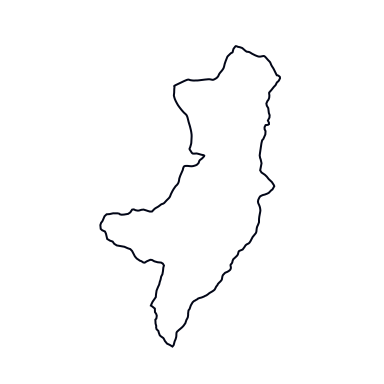 Chapchha, Chhukha, Bhutan, rotated 199°
{"feature_id": "84629894B72576514572529", "entity_name": "Chapchha", "entity_type": "district", "adm_level": 2, "iso_a3": "BTN", "parent_name": "Bhutan", "parent_adm1": "Chhukha", "projection": "albers", "projection_center": [89.567, 27.211], "detail": "fine", "context": "isolated", "style": "outline", "palette": "ink", "viewbox_px": 384, "rotation_deg": 199, "n_neighbors": 0, "source": "geoboundaries", "source_scale": "gbopen_adm2", "svg_char_len": 6089}
<svg xmlns="http://www.w3.org/2000/svg" viewBox="0 0 384 384"><g transform="rotate(199 192 192)"><path d="M243.3,286.3L242.8,285.8L242.3,283.6L241.2,280.1L240.7,277.9L240.5,277.2L239.7,276.0L239.3,275.4L238.4,274.2L236.9,272.6L235.3,271.1L233.6,269.6L231.8,268.3L230.0,267.1L228.1,265.9L225.6,264.5L223.5,263.6L222.9,263.3L222.2,262.9L221.7,262.4L221.2,261.9L220.3,260.7L217.9,257.0L215.3,253.4L213.3,250.3L212.2,248.4L211.2,246.4L210.9,245.7L210.4,244.3L209.2,240.1L208.8,238.7L208.6,237.9L208.5,237.2L208.4,235.7L208.3,233.5L208.4,232.8L208.4,232.0L208.0,231.4L206.8,230.5L205.7,229.6L205.1,229.1L204.5,228.8L203.8,228.6L203.1,228.8L202.4,229.0L201.0,229.6L200.3,229.9L199.6,230.0L198.9,230.1L195.2,230.3L193.0,230.6L192.3,230.4L192.2,229.7L192.5,229.0L192.8,228.3L193.4,227.0L193.8,226.4L194.6,225.2L195.0,224.6L195.2,223.8L195.2,223.1L195.2,222.4L195.2,221.6L195.5,220.9L195.8,220.3L196.1,219.6L196.6,219.0L197.1,218.5L198.3,217.6L199.5,216.8L200.1,216.5L200.8,216.2L202.2,215.8L204.4,215.3L205.1,215.1L206.5,214.6L207.1,214.3L207.7,213.8L208.0,213.2L208.1,211.7L207.9,209.5L208.0,208.7L208.4,203.6L208.4,202.1L208.4,201.4L208.4,200.6L208.0,198.5L207.9,197.7L207.9,197.0L207.9,196.2L208.0,195.5L208.2,194.8L208.4,194.1L209.4,192.1L209.6,191.4L210.0,190.0L210.4,188.5L210.8,186.4L211.1,184.2L211.2,183.5L211.3,181.2L211.3,180.5L211.5,179.8L211.7,179.1L212.0,178.4L213.3,175.8L214.2,173.7L214.5,173.0L214.8,172.4L215.3,171.8L215.8,171.3L216.4,170.9L217.0,170.4L217.4,169.8L219.0,167.4L219.5,166.8L221.0,165.1L221.4,164.6L221.8,164.0L222.2,163.3L222.8,162.0L223.4,160.6L224.0,160.3L225.4,159.8L227.5,159.7L229.1,159.7L232.1,159.6L234.0,158.7L236.1,157.2L237.3,156.7L239.5,156.4L241.2,156.6L241.9,156.4L242.9,155.8L243.7,152.7L245.2,150.6L246.6,149.8L249.0,148.5L251.2,147.6L252.7,147.4L253.7,147.8L255.4,147.6L259.6,146.2L262.7,144.3L265.5,143.1L266.8,140.6L267.1,136.4L267.3,134.9L267.9,133.4L267.9,130.9L266.3,127.4L264.5,126.6L261.4,126.3L259.8,124.6L256.9,120.0L253.7,119.3L250.9,119.3L248.7,117.7L245.7,117.0L238.1,118.2L234.6,117.9L231.7,117.9L229.4,116.7L225.0,112.5L222.6,111.1L220.0,110.4L219.0,110.1L217.3,110.1L215.1,109.5L213.7,109.8L212.3,111.6L209.4,114.3L207.7,114.7L205.0,114.2L201.6,114.4L198.2,115.2L196.3,114.8L194.6,113.4L194.5,111.2L193.7,107.8L193.2,104.6L193.6,102.0L193.2,99.0L193.2,96.6L192.9,93.8L193.2,91.1L193.4,87.3L192.7,83.5L192.0,80.8L193.5,75.5L193.8,73.0L193.9,71.2L193.2,71.1L189.2,69.7L187.9,66.4L186.2,65.1L185.0,63.5L184.5,60.7L185.1,59.4L183.6,55.7L182.2,53.7L181.8,52.2L180.8,50.7L178.6,49.7L177.6,48.2L175.8,46.0L174.4,45.4L171.6,44.6L170.8,44.0L169.1,42.3L166.2,40.5L163.3,40.2L160.2,39.5L159.8,40.4L159.5,41.5L159.8,45.1L159.6,47.4L159.7,49.6L160.0,51.0L160.5,52.6L160.8,53.8L160.8,54.2L160.7,54.9L160.2,55.9L159.5,57.2L158.4,59.0L157.4,60.7L156.6,62.4L156.2,63.6L155.9,64.8L155.6,65.5L155.6,68.9L155.6,69.6L155.3,70.7L155.2,72.5L155.4,73.3L155.6,74.5L155.8,75.0L156.0,75.4L156.7,78.6L156.7,79.2L156.2,80.6L156.2,84.3L156.0,85.4L155.8,86.4L155.6,87.4L155.4,88.1L154.8,89.2L154.4,89.8L153.8,90.3L153.2,91.1L152.0,92.4L151.7,93.1L150.3,94.3L149.4,94.8L148.2,95.7L146.5,97.2L146.0,97.8L144.7,99.0L143.4,100.8L142.9,101.7L142.2,102.6L140.3,104.8L139.3,106.2L138.9,106.9L138.7,107.6L138.3,110.6L137.9,111.5L137.6,112.6L137.6,113.3L137.2,114.3L136.9,115.0L136.0,116.7L135.8,117.3L135.5,117.9L135.3,119.1L135.4,119.7L135.7,121.6L135.8,122.3L135.7,123.4L135.6,123.8L135.0,125.1L134.7,125.8L134.3,126.5L132.6,128.0L131.5,129.3L130.9,130.3L130.6,130.8L130.4,132.1L130.5,132.6L130.6,133.1L130.9,133.8L131.4,134.6L131.7,135.2L131.8,136.0L131.2,137.3L131.0,138.5L131.2,140.2L131.1,141.8L129.6,144.6L128.6,146.6L128.3,147.9L128.5,150.7L128.2,151.6L125.4,154.1L124.6,156.6L124.2,158.1L124.1,158.8L123.3,160.2L121.8,161.7L121.2,162.7L120.7,164.5L120.5,165.9L120.0,169.2L119.1,171.6L118.3,173.8L118.2,174.7L118.3,175.9L118.5,176.6L119.0,178.9L119.1,180.5L118.9,182.3L118.8,185.2L119.8,188.2L120.3,190.4L120.7,193.0L121.0,195.1L121.1,195.7L121.4,197.0L122.3,198.8L122.9,199.8L123.9,201.1L125.7,203.0L126.5,204.3L126.5,204.8L126.8,205.8L126.7,207.0L126.5,208.7L126.1,210.1L125.0,211.3L124.0,212.2L122.3,213.3L121.6,213.9L120.5,214.8L119.2,216.1L118.0,218.6L117.6,219.5L116.8,220.5L116.5,222.0L116.1,224.3L117.0,225.3L119.7,227.4L123.7,229.2L126.3,230.9L128.7,232.0L132.7,233.1L134.6,234.7L135.0,237.6L135.6,241.8L137.7,245.2L138.7,246.4L139.9,248.6L140.5,251.5L142.2,260.6L142.5,263.7L141.8,265.4L141.7,266.8L141.4,270.3L142.3,273.5L143.8,275.0L144.5,276.9L144.2,279.2L142.1,280.2L141.3,281.2L141.8,282.6L143.5,284.2L143.0,287.6L143.6,289.9L145.1,291.8L147.2,296.1L149.4,298.0L150.5,299.9L150.3,302.6L149.9,303.6L149.7,304.8L149.7,306.3L150.2,308.3L151.2,310.4L151.4,311.2L150.2,314.1L148.8,318.1L147.8,320.2L147.4,323.2L146.4,324.9L146.1,325.9L145.8,328.2L146.3,329.3L146.9,329.7L147.6,329.9L148.3,330.1L149.1,330.2L149.8,330.0L150.3,330.4L150.8,330.9L152.4,332.5L154.5,334.6L155.6,335.6L157.3,336.9L158.4,337.9L159.9,339.6L160.4,340.1L161.0,340.5L163.0,341.5L165.6,343.0L166.9,343.7L167.6,343.9L168.3,344.0L169.0,343.7L171.6,342.2L172.2,342.0L172.9,341.8L173.7,341.7L174.4,341.7L176.6,341.8L178.1,342.0L180.3,342.3L182.4,342.8L183.2,342.9L183.9,342.9L184.6,342.8L185.3,342.6L186.1,342.5L186.8,342.7L187.5,342.9L190.9,344.3L191.6,344.5L192.3,344.5L193.1,344.5L193.8,344.5L196.0,344.2L196.8,344.3L197.6,344.3L198.2,344.1L198.5,343.5L199.0,342.0L199.4,340.6L199.3,339.9L199.3,339.1L199.1,337.8L199.2,337.2L199.6,336.7L200.0,336.3L200.4,335.9L201.1,334.6L202.1,332.6L202.4,332.0L202.6,331.3L202.8,326.8L202.8,325.3L202.8,323.9L202.5,320.9L202.5,320.2L202.5,319.4L202.6,318.7L202.8,318.0L203.2,316.6L204.3,313.8L204.5,313.1L204.7,312.4L204.9,310.2L205.1,309.4L205.4,308.8L205.7,308.1L206.1,307.5L206.6,306.9L207.1,306.3L207.6,305.8L208.1,305.3L208.7,304.9L209.4,304.7L211.7,304.4L212.4,304.2L213.1,304.0L214.4,303.4L216.4,302.5L221.7,299.9L223.0,299.3L224.4,298.8L226.5,298.0L227.9,297.6L230.1,297.2L231.6,297.2L232.3,297.0L232.9,296.6L233.5,296.2L235.7,294.2L236.2,293.7L242.5,287.5L243.0,286.9L243.3,286.3Z" fill="none" stroke="#020617" stroke-width="2"/></g></svg>